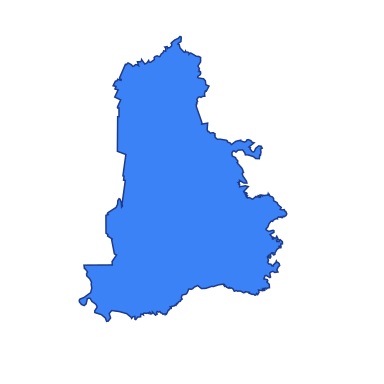 Tempoal, Veracruz, Mexico (Robinson projection), rotated 285°
{"feature_id": "50627088B37050079543362", "entity_name": "Tempoal", "entity_type": "district", "adm_level": 2, "iso_a3": "MEX", "parent_name": "Mexico", "parent_adm1": "Veracruz", "projection": "robinson", "projection_center": [-98.337, 21.55], "detail": "fine", "context": "isolated", "style": "filled", "palette": "blue", "viewbox_px": 384, "rotation_deg": 285, "n_neighbors": 0, "source": "geoboundaries", "source_scale": "gbopen_adm2", "svg_char_len": 6058}
<svg xmlns="http://www.w3.org/2000/svg" viewBox="0 0 384 384"><g transform="rotate(285 192 192)"><path d="M137.0,295.7L138.7,294.1L141.7,294.6L143.7,295.7L145.3,294.8L146.1,293.4L146.1,292.3L147.2,291.3L145.0,291.2L144.4,290.2L143.6,290.2L142.6,289.3L141.5,289.6L141.4,288.2L142.7,286.9L142.4,284.7L143.8,283.2L145.4,283.7L149.1,281.5L150.9,282.7L148.6,283.1L148.3,284.5L149.8,285.0L150.8,284.3L152.6,284.2L154.0,284.8L154.2,286.1L153.1,286.0L152.3,287.1L153.1,288.2L154.9,287.9L158.6,289.0L160.6,290.5L161.2,292.3L161.9,292.2L161.4,290.7L162.0,290.0L163.0,291.8L164.7,291.2L165.3,292.8L167.4,292.2L168.8,289.4L168.3,288.9L166.7,289.1L166.1,286.8L167.4,286.0L168.3,287.8L171.2,285.3L169.2,284.9L168.8,284.0L169.2,282.4L167.8,282.9L167.4,281.9L169.0,281.3L171.1,278.4L174.2,281.6L175.9,281.1L176.0,280.2L173.8,276.3L174.6,273.6L175.4,273.0L177.9,274.3L181.3,274.6L183.8,275.7L184.6,276.4L184.5,277.5L185.9,277.9L187.9,279.9L188.2,281.5L188.9,281.1L190.4,282.1L190.3,283.6L191.2,284.3L190.5,285.1L190.7,286.1L192.2,286.4L192.0,287.4L193.6,288.9L195.4,289.2L197.5,287.6L197.6,286.6L198.9,285.6L198.1,283.9L198.0,281.7L200.2,282.2L201.8,278.6L203.8,276.9L204.7,273.1L206.9,272.5L208.0,271.0L208.3,268.1L209.6,267.2L209.1,266.8L210.1,266.0L208.7,266.0L207.0,261.9L207.3,261.3L206.3,260.9L207.1,259.6L206.7,258.5L204.7,259.5L204.3,258.8L204.4,257.9L205.6,258.6L205.7,256.8L204.4,256.7L203.7,255.3L204.2,254.9L200.7,252.4L201.5,248.8L200.6,247.1L201.5,246.6L201.7,246.0L201.3,245.8L202.2,245.1L202.8,246.2L203.7,244.0L204.6,245.6L205.2,245.1L205.4,243.2L205.0,242.8L205.8,241.7L211.8,245.0L211.8,241.9L209.3,236.6L211.7,236.0L211.7,235.1L212.9,235.3L213.1,234.1L214.4,235.3L215.5,234.9L214.1,239.7L214.8,242.7L216.5,241.8L220.7,237.0L222.8,235.7L224.4,236.7L225.1,235.8L226.1,235.6L228.0,233.9L231.5,228.6L232.2,227.9L232.7,228.5L234.1,228.0L235.1,226.2L236.5,225.2L237.1,221.7L237.6,221.3L240.2,220.4L242.2,221.1L242.6,222.4L241.9,224.1L244.3,225.6L245.8,229.9L243.5,232.9L241.7,233.9L242.3,236.2L242.1,242.2L240.8,244.9L241.6,248.4L245.2,247.9L245.3,248.6L248.5,248.3L251.1,247.1L252.5,248.5L253.5,247.6L253.6,246.7L254.1,246.7L253.8,244.5L250.6,242.2L247.2,241.7L246.6,241.1L246.5,239.8L248.7,236.9L249.9,237.0L250.2,235.3L255.6,239.2L255.6,237.2L256.9,235.5L257.2,233.0L256.6,231.6L255.3,231.4L253.7,229.7L254.1,225.5L254.6,225.5L252.3,221.2L248.0,217.8L249.3,216.0L249.4,213.4L250.5,212.9L250.9,211.8L250.3,205.6L249.5,202.8L250.9,200.1L252.4,199.7L252.5,199.2L254.1,199.3L254.8,197.1L253.6,194.4L254.8,192.4L254.6,191.6L256.1,190.5L262.6,189.3L260.1,183.8L261.1,183.8L263.4,182.4L275.4,174.2L277.8,173.4L278.5,174.0L279.4,173.2L280.8,174.0L282.6,172.7L285.2,173.6L286.0,174.8L285.7,176.2L287.2,177.6L287.8,179.6L290.3,178.6L292.4,178.7L293.2,178.8L293.1,179.7L298.7,181.0L299.2,177.6L302.9,176.1L304.4,173.8L303.8,168.8L304.2,167.8L305.0,167.6L307.5,169.6L308.8,169.7L310.3,169.1L310.2,167.9L310.6,168.3L311.6,167.1L313.1,167.2L315.2,165.1L319.9,166.6L324.2,165.5L324.7,163.5L324.2,161.2L325.9,155.1L325.8,154.3L324.3,153.5L325.3,153.2L326.0,152.1L325.7,149.4L326.2,149.2L325.0,148.9L325.1,147.9L328.0,143.2L331.1,141.4L331.2,140.1L332.3,140.3L334.4,142.4L338.2,141.7L339.1,141.2L339.1,140.1L336.9,139.0L334.2,135.8L331.0,133.6L330.2,133.3L329.7,134.1L327.7,134.5L325.4,132.8L325.3,131.5L324.5,131.2L326.0,130.4L325.0,128.2L324.0,129.4L321.2,130.2L321.0,128.1L319.2,128.0L317.4,126.6L314.6,125.9L314.2,125.2L314.5,123.1L313.3,121.3L312.1,120.6L310.1,121.4L306.4,118.2L306.4,117.0L307.8,116.1L305.0,115.1L303.4,113.3L306.8,109.1L305.9,109.3L304.4,108.4L303.7,105.6L300.2,107.7L300.7,106.0L300.4,104.4L298.8,103.5L298.0,102.1L299.2,100.7L300.1,97.2L299.9,96.5L298.1,95.7L298.1,94.6L283.6,92.5L282.6,93.0L282.4,94.5L281.4,94.5L281.7,91.0L280.0,90.8L279.2,89.3L274.2,88.3L274.3,91.3L271.6,90.9L271.5,94.2L263.7,92.8L262.5,99.3L254.7,98.0L253.9,98.4L254.2,99.7L245.9,102.0L245.5,100.7L212.0,109.4L211.1,118.4L189.7,121.1L189.6,122.3L185.7,122.8L185.9,124.6L162.6,127.5L160.4,128.5L159.2,127.9L163.3,126.5L166.5,124.3L166.7,123.3L164.5,122.6L160.7,123.3L157.4,122.6L150.2,116.1L149.2,115.9L148.5,116.8L147.2,114.9L129.9,119.6L129.2,121.7L127.6,121.9L125.8,127.7L125.6,126.5L112.2,133.0L111.6,135.4L104.2,132.8L100.9,133.9L93.4,106.6L90.2,107.9L90.2,108.7L87.7,111.8L85.8,111.3L83.8,112.0L81.7,115.7L78.8,118.3L77.0,118.4L73.2,120.1L68.5,120.1L62.2,115.0L59.6,111.5L58.4,111.1L56.8,111.6L54.7,114.4L54.4,117.3L56.5,118.7L61.8,118.5L62.9,120.1L62.8,121.3L60.5,123.5L58.7,128.2L57.0,129.8L55.9,130.1L52.1,128.8L50.4,129.3L50.1,136.2L47.9,140.9L44.9,143.0L45.6,144.5L49.2,146.0L53.1,143.5L56.7,145.1L57.7,152.8L57.6,160.4L55.3,165.5L54.3,166.4L56.2,167.2L57.0,169.0L54.3,169.8L54.2,170.7L57.1,171.9L58.2,174.7L60.7,174.1L61.1,175.5L60.7,176.9L61.8,176.4L62.7,177.1L63.0,179.6L63.8,180.7L63.5,181.5L64.9,182.1L64.7,182.8L63.4,183.2L63.7,184.3L64.6,185.1L65.9,184.8L63.6,188.6L65.1,190.0L66.2,188.9L67.6,189.3L67.4,191.0L68.3,191.9L67.3,192.9L67.1,194.6L66.4,195.5L67.4,197.5L66.5,197.9L67.3,198.9L72.0,199.8L72.1,200.4L73.8,201.0L74.2,202.1L74.9,201.9L75.5,200.7L77.5,204.5L78.2,204.7L78.3,205.9L80.3,205.9L80.2,206.8L82.4,207.5L83.3,208.8L84.0,209.2L84.5,208.9L86.0,210.2L87.3,209.0L89.9,209.1L91.8,212.6L93.3,213.4L97.5,214.0L97.8,216.3L98.8,217.7L100.7,218.8L103.1,221.7L101.2,226.1L101.4,226.9L102.5,230.3L106.0,235.5L106.2,237.1L109.3,241.8L111.1,246.1L111.0,248.1L110.5,246.6L109.2,248.0L109.8,249.2L109.0,249.9L108.6,252.2L109.5,252.8L108.8,253.6L109.6,254.7L109.1,256.5L107.1,258.5L108.3,260.4L108.0,261.6L108.7,263.8L108.8,265.2L108.0,267.7L108.6,269.1L109.5,269.2L109.9,273.4L109.1,273.2L108.7,276.1L109.1,278.3L108.6,279.5L109.0,280.3L110.6,280.6L109.9,282.0L112.5,282.7L114.5,281.6L114.9,285.4L116.0,285.2L115.2,286.1L115.8,287.7L116.5,287.7L116.7,285.9L117.2,285.9L117.1,286.4L118.2,287.7L117.7,289.2L118.6,289.4L119.6,291.6L122.8,290.5L124.5,287.6L125.8,288.2L126.8,287.4L126.7,283.9L130.0,284.2L130.6,285.1L129.5,289.4L130.1,289.9L133.7,288.1L135.2,289.0L136.3,290.6L135.7,292.8L137.0,295.7Z" fill="#3b82f6" stroke="#1e3a8a" stroke-width="1.5"/></g></svg>